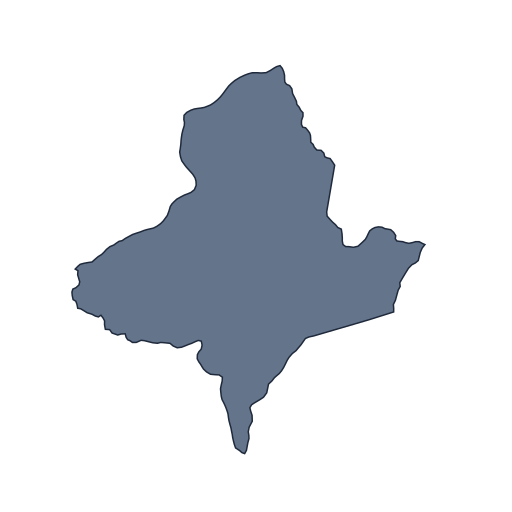 the district of Mirabela, Minas Gerais, Brazil, rotated 32°
{"feature_id": "56859067B89998695368113", "entity_name": "Mirabela", "entity_type": "district", "adm_level": 2, "iso_a3": "BRA", "parent_name": "Brazil", "parent_adm1": "Minas Gerais", "projection": "natural_earth1", "projection_center": [-44.162, -16.258], "detail": "fine", "context": "isolated", "style": "filled", "palette": "slate", "viewbox_px": 512, "rotation_deg": 32, "n_neighbors": 0, "source": "geoboundaries", "source_scale": "gbopen_adm2", "svg_char_len": 3851}
<svg xmlns="http://www.w3.org/2000/svg" viewBox="0 0 512 512"><g transform="rotate(32 256 256)"><path d="M109.6,362.9L112.8,362.8L114.7,366.4L117.8,369.2L120.2,371.3L121.2,374.4L120.1,378.3L118.2,381.1L119.0,384.1L121.1,386.9L124.0,389.9L127.1,389.8L129.8,391.9L132.5,394.8L135.2,393.7L138.4,393.6L142.9,393.6L147.8,392.3L151.4,392.1L154.6,391.2L155.9,388.4L159.1,389.6L161.9,391.2L164.0,394.6L167.1,398.0L170.9,396.0L174.8,397.6L177.8,396.9L180.6,396.3L182.9,393.7L186.3,391.3L189.0,393.8L191.6,395.0L194.2,394.6L197.0,394.8L200.3,392.7L203.2,388.4L206.1,387.0L209.5,385.9L214.4,384.3L218.7,382.2L220.9,379.9L223.3,378.6L226.1,377.2L229.4,375.6L233.4,376.2L237.8,375.6L241.2,372.8L243.7,369.5L245.7,366.7L247.7,364.2L249.9,360.8L251.8,358.2L254.7,357.2L257.5,360.1L258.9,364.0L258.3,367.6L258.6,370.8L260.6,374.3L263.7,376.1L266.4,377.2L268.9,378.5L271.4,379.7L275.4,380.5L280.1,380.4L284.1,378.4L287.7,376.4L291.7,376.6L293.6,380.0L294.8,383.6L296.3,387.5L299.0,391.0L301.0,393.5L303.4,395.8L306.0,397.3L308.2,398.7L310.8,400.5L313.6,402.7L315.9,404.7L318.0,407.3L320.1,409.7L322.9,412.4L325.8,415.0L327.9,417.3L330.3,419.8L332.5,422.4L335.0,424.9L337.4,427.2L340.4,429.6L345.3,429.7L348.2,430.2L351.1,429.6L350.9,425.9L349.3,421.9L347.9,418.3L346.8,414.6L345.0,411.9L342.6,409.2L340.9,404.8L340.4,398.1L337.1,393.2L333.5,390.2L331.2,387.9L331.1,384.5L332.4,381.6L334.0,378.5L335.6,375.4L337.2,371.8L337.6,366.4L336.3,362.8L334.5,358.0L335.7,353.5L336.1,349.5L337.0,346.4L338.0,343.4L338.5,339.8L338.5,335.8L338.1,331.5L337.7,327.8L337.7,324.4L338.5,319.4L340.1,315.1L340.5,312.1L341.2,307.4L341.6,299.8L343.8,296.6L347.3,293.2L385.4,250.4L402.4,230.5L400.5,227.4L398.2,224.3L397.7,219.7L396.0,214.1L394.7,209.7L394.4,205.4L392.1,202.5L391.9,196.7L391.8,191.1L391.8,185.5L392.8,180.8L394.8,177.5L396.0,173.9L394.7,169.9L393.4,165.9L392.7,161.2L393.2,156.8L390.2,157.2L386.8,157.4L383.7,159.3L381.8,161.5L379.0,164.2L375.8,165.4L372.8,166.1L370.2,167.4L367.5,168.6L365.0,167.6L363.7,164.7L360.2,163.0L356.3,162.3L353.5,163.4L350.8,164.5L347.6,164.8L344.4,166.4L341.8,168.8L340.2,171.4L339.1,174.5L339.4,177.8L339.8,180.9L339.9,184.0L338.8,188.5L337.3,193.7L334.0,197.0L329.9,198.8L327.0,200.5L323.7,200.2L321.2,197.5L319.6,194.9L317.2,191.6L314.1,188.0L310.2,188.5L306.8,187.3L303.0,186.7L299.6,185.8L295.2,184.5L292.6,181.2L274.6,137.3L270.9,135.6L267.2,134.1L264.3,135.1L261.7,135.4L259.0,132.8L255.2,131.9L251.5,133.9L247.7,132.8L245.3,131.1L242.2,130.5L240.3,127.7L238.3,124.9L236.2,123.2L233.2,122.0L230.1,121.0L227.3,122.0L224.8,120.3L222.8,117.0L221.8,112.6L219.9,109.6L216.9,108.8L213.7,106.9L210.3,105.8L208.3,103.4L205.2,101.4L201.0,98.9L197.8,95.2L194.2,93.7L190.8,94.2L188.3,93.2L186.4,90.7L184.5,87.7L181.8,85.0L178.8,82.9L175.5,81.8L173.1,84.5L171.6,87.3L169.9,91.0L167.5,95.1L163.5,98.0L159.3,100.3L155.6,102.7L152.9,105.6L150.6,108.6L147.7,113.1L145.1,118.3L143.7,122.5L142.8,126.1L142.4,130.3L142.0,135.6L141.5,139.9L140.6,143.9L139.1,148.3L137.4,152.0L135.6,154.5L133.5,157.3L130.9,159.7L128.3,161.8L125.7,164.1L123.4,167.0L121.2,170.9L120.4,174.8L122.5,178.5L124.6,180.7L126.1,183.5L127.2,187.8L128.4,191.4L129.8,194.7L131.1,197.5L132.9,200.8L134.7,204.7L136.2,208.3L139.3,211.8L142.6,214.6L145.2,215.7L147.6,216.7L150.1,217.6L155.0,219.0L159.1,220.2L163.0,222.1L165.5,224.4L167.8,227.7L168.6,232.4L167.2,236.5L165.1,239.5L163.0,242.2L160.6,246.3L158.7,249.8L157.8,253.2L157.1,256.4L157.1,259.5L158.4,264.1L159.3,268.6L159.1,271.6L158.8,275.5L158.0,279.0L156.2,283.4L154.2,286.7L151.9,289.0L149.6,291.3L147.4,293.8L145.2,296.8L142.5,300.0L139.9,303.2L138.2,306.2L135.9,310.3L134.3,314.0L132.1,316.1L130.7,319.2L129.6,322.0L127.2,325.4L125.7,329.6L125.1,333.2L124.3,336.5L122.5,340.1L121.3,343.9L120.1,348.0L117.2,350.4L113.8,353.5L111.3,356.2L110.4,359.1L109.6,362.9Z" fill="#64748b" stroke="#1e293b" stroke-width="1.5"/></g></svg>